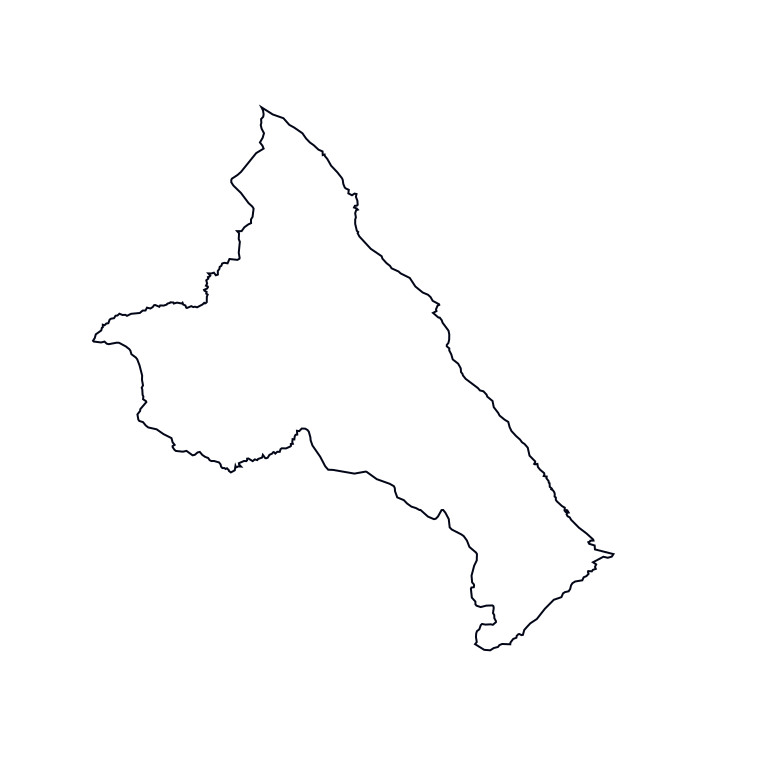 Morondava, Menabe, Madagascar, rotated 116°
{"feature_id": "10022922B91714644312966", "entity_name": "Morondava", "entity_type": "district", "adm_level": 2, "iso_a3": "MDG", "parent_name": "Madagascar", "parent_adm1": "Menabe", "projection": "robinson", "projection_center": [44.353, -20.514], "detail": "fine", "context": "isolated", "style": "outline", "palette": "ink", "viewbox_px": 768, "rotation_deg": 116, "n_neighbors": 0, "source": "geoboundaries", "source_scale": "gbopen_adm2", "svg_char_len": 6166}
<svg xmlns="http://www.w3.org/2000/svg" viewBox="0 0 768 768"><g transform="rotate(116 384 384)"><path d="M472.7,664.5L473.1,663.6L470.7,656.5L468.4,653.8L469.3,651.0L468.9,648.9L464.0,642.3L463.1,640.2L463.4,632.6L464.3,628.3L465.1,626.7L468.0,624.0L469.0,618.6L470.0,616.6L474.4,611.9L482.4,605.1L486.4,603.3L490.9,600.0L493.7,600.1L494.8,598.9L499.6,596.2L500.7,594.8L503.3,593.9L503.8,590.3L504.4,589.7L513.4,592.0L515.2,591.4L519.4,592.3L523.7,589.2L524.5,587.7L523.9,583.9L525.7,580.0L526.4,576.9L524.4,568.5L525.7,560.2L525.8,551.3L529.1,548.4L530.5,545.5L532.5,546.8L533.4,546.3L535.0,543.5L535.4,541.7L533.0,535.1L530.7,532.2L532.0,524.8L530.6,523.0L527.3,521.6L525.8,519.8L527.4,516.2L527.9,512.7L527.6,509.6L528.9,507.3L528.9,505.3L527.7,503.0L526.8,497.9L527.9,495.6L529.6,494.3L530.4,492.4L529.5,490.5L529.8,489.1L528.6,488.2L529.5,485.7L530.1,485.3L530.6,482.9L527.0,480.3L522.7,481.6L523.5,480.7L523.5,480.0L521.9,478.8L520.9,476.3L519.8,479.0L518.8,479.7L514.6,476.1L513.7,474.0L512.6,473.6L511.1,474.3L510.4,473.2L510.9,468.2L508.4,467.1L508.0,464.6L506.5,464.2L503.5,461.3L500.8,461.8L502.7,458.2L502.3,457.2L501.2,456.2L497.9,455.9L495.7,454.1L493.7,453.6L493.5,452.8L494.2,451.2L491.7,450.2L490.7,448.0L487.9,448.4L486.7,447.8L484.8,443.8L481.2,440.8L480.4,440.5L478.8,441.4L477.7,439.7L476.6,440.9L473.6,442.0L473.1,440.3L470.2,441.3L468.4,441.2L467.5,439.8L464.2,441.7L463.5,439.5L460.1,438.4L458.7,435.3L458.9,432.5L459.9,430.6L464.2,426.8L466.7,425.3L470.6,421.4L477.3,409.5L483.7,400.8L485.5,396.6L483.5,392.0L477.5,371.3L470.7,362.0L470.6,361.0L472.7,348.8L471.2,335.1L471.5,330.3L472.9,328.6L475.4,327.2L480.1,322.4L479.7,315.3L481.3,310.8L482.2,305.5L481.5,300.9L481.7,296.9L481.2,296.0L483.9,286.4L483.6,279.9L482.4,278.4L479.5,277.4L472.1,277.0L471.3,275.6L472.7,272.5L477.0,266.6L484.1,262.1L485.1,259.2L485.3,248.5L485.8,245.6L488.4,240.8L493.0,235.8L495.2,227.3L496.1,225.9L501.9,223.3L507.8,223.3L517.9,221.3L523.7,217.8L524.7,215.4L525.6,214.7L527.3,214.2L528.6,216.2L530.0,216.1L537.5,211.4L539.5,206.5L542.0,205.2L542.7,203.6L542.1,199.3L538.3,194.8L535.5,189.5L535.7,188.3L537.2,187.2L542.1,185.6L543.4,183.6L546.1,182.2L548.1,179.4L549.0,179.0L552.7,180.6L553.2,182.7L555.8,187.4L556.7,190.7L558.3,191.3L562.7,190.8L565.4,192.1L567.7,191.8L571.0,190.5L575.3,187.5L577.9,188.1L579.0,177.4L576.8,171.8L573.2,169.6L570.4,166.3L568.1,165.8L565.9,163.9L562.6,156.4L560.9,157.0L556.5,156.1L554.0,153.8L552.2,154.3L550.1,153.6L549.4,152.8L549.4,150.3L548.6,149.2L543.6,150.1L540.3,149.2L535.0,147.6L528.2,143.6L515.6,140.9L503.5,136.8L497.8,131.1L493.7,131.3L491.7,130.1L489.4,127.2L486.7,126.8L483.0,127.6L480.4,127.3L477.7,125.6L473.5,119.7L470.2,119.8L468.0,117.9L465.0,116.9L463.6,118.3L462.6,118.4L461.3,115.1L459.5,114.8L457.3,112.6L455.9,114.2L453.1,114.2L452.6,118.0L443.1,111.1L442.1,106.7L439.3,103.6L436.3,103.2L440.2,121.9L436.8,123.9L437.7,129.5L436.6,131.0L435.3,129.8L434.4,129.9L432.9,127.1L432.1,127.8L429.6,136.3L427.7,145.8L424.0,156.4L422.5,158.5L422.4,161.0L421.1,162.8L419.6,162.9L418.6,161.7L417.2,163.9L417.3,164.5L419.1,163.6L419.4,164.6L418.6,166.3L415.9,167.3L415.7,170.5L413.7,177.2L412.8,178.8L410.7,179.8L410.4,181.3L408.0,182.3L406.6,183.6L405.5,185.5L405.3,187.5L404.4,187.4L403.8,189.9L400.6,191.7L400.5,192.6L399.1,193.5L397.5,196.7L395.9,197.2L396.7,200.1L395.0,200.2L393.9,201.0L392.6,206.2L391.1,209.3L388.6,211.1L390.0,213.0L390.0,214.0L388.1,213.8L387.3,214.2L384.6,221.8L378.2,226.9L376.3,231.4L375.9,234.4L374.3,237.4L372.9,242.4L370.4,248.8L367.7,252.2L363.6,255.7L363.2,260.0L361.7,266.3L360.0,268.6L356.7,275.2L351.7,279.0L350.1,285.6L348.6,287.2L347.0,291.4L347.7,295.0L346.5,297.8L343.6,312.8L341.7,316.8L340.5,317.9L339.5,320.0L336.3,321.9L334.7,324.1L333.2,326.3L331.8,333.0L327.9,336.5L325.2,340.1L323.4,340.9L322.6,344.1L321.3,344.7L318.8,344.1L315.5,344.9L310.8,347.1L307.8,349.4L303.2,358.3L301.5,359.9L299.9,363.0L300.4,364.2L298.6,371.1L295.5,368.8L294.1,370.0L290.1,370.2L288.7,369.0L288.2,369.4L287.9,376.7L285.5,380.2L284.5,383.5L284.8,389.3L282.6,398.6L277.4,407.3L277.3,417.5L276.5,420.3L276.7,427.9L275.2,430.4L274.3,434.6L272.0,440.4L270.2,442.1L268.3,455.2L262.2,470.8L260.0,473.8L258.7,473.8L258.2,475.6L252.7,480.1L248.8,482.0L246.6,482.3L243.1,484.8L240.0,485.2L238.8,484.0L238.2,485.6L238.5,488.3L236.6,488.3L235.6,486.6L234.5,486.2L230.9,488.3L228.1,491.3L225.3,492.0L225.8,494.0L228.4,495.5L228.3,499.6L224.9,500.8L225.0,504.1L224.6,505.4L222.0,508.3L218.6,510.6L217.4,512.1L214.2,518.7L211.0,527.2L206.6,533.6L205.0,537.1L203.8,538.0L205.1,539.4L201.9,541.2L202.1,545.6L200.2,551.8L199.4,556.5L197.5,561.7L194.4,567.2L192.9,577.0L192.6,582.7L189.2,590.9L190.5,602.2L189.0,615.5L191.1,612.7L194.4,610.4L196.8,609.7L199.8,610.6L203.1,608.7L205.3,608.3L208.2,605.9L211.2,601.8L215.9,601.0L221.3,601.4L223.1,597.7L225.2,595.4L232.5,600.1L256.1,605.5L260.4,607.3L266.1,610.7L267.6,610.7L269.7,609.6L271.7,606.3L275.0,596.3L280.8,585.0L282.2,580.2L283.5,578.1L291.4,575.4L294.4,575.7L297.7,574.0L300.0,575.9L304.3,578.2L309.0,579.0L311.0,583.0L312.0,580.4L317.4,578.1L319.4,575.9L329.7,572.1L334.0,569.0L334.9,568.9L336.7,570.2L339.4,577.7L344.1,577.5L345.1,580.7L346.7,582.3L349.1,582.0L350.7,583.0L352.8,582.4L355.3,582.9L358.5,581.3L360.0,582.8L358.5,585.7L360.4,587.7L361.6,590.4L362.8,587.6L364.1,588.0L365.1,589.1L366.3,588.1L368.7,589.2L371.3,587.0L373.7,587.1L373.6,585.2L374.0,584.7L375.8,584.9L378.3,587.0L378.8,586.4L379.0,583.8L380.7,583.4L380.9,581.7L383.2,581.5L388.1,579.2L389.5,579.7L390.1,580.3L389.9,581.2L392.1,582.0L397.0,585.6L397.4,587.8L398.5,589.2L398.5,591.3L402.1,594.5L402.1,595.2L400.5,596.9L400.6,599.3L399.3,600.7L400.3,601.0L401.6,605.7L403.8,608.2L403.1,609.0L404.2,611.8L405.0,612.0L406.7,613.9L408.0,614.2L410.1,616.4L411.5,619.6L413.1,619.8L413.3,624.3L414.0,625.2L416.2,625.6L418.5,627.0L419.3,630.5L422.5,630.6L423.8,633.1L427.2,634.6L431.8,642.1L435.4,644.9L435.2,646.7L436.6,649.3L436.8,652.6L439.3,653.6L440.3,655.2L443.2,655.5L444.9,657.9L446.4,658.8L450.2,658.4L451.4,660.1L453.7,660.9L454.0,662.7L456.3,661.6L457.2,662.2L459.8,661.6L465.7,664.8L469.6,664.1L472.7,664.5Z" fill="none" stroke="#020617" stroke-width="2"/></g></svg>